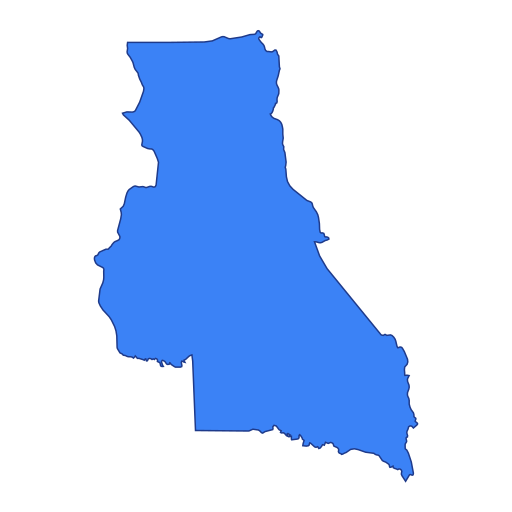 an SVG outline of Est
{"feature_id": "CMR-1481", "entity_name": "Est", "entity_type": "Province", "adm_level": 1, "iso_a3": "CMR", "parent_name": "Cameroon", "parent_adm1": "", "projection": "natural_earth1", "projection_center": [14.383, 3.885], "detail": "fine", "context": "isolated", "style": "filled", "palette": "blue", "viewbox_px": 512, "rotation_deg": 0, "n_neighbors": 0, "source": "natural_earth", "source_scale": "10m", "svg_char_len": 6040}
<svg xmlns="http://www.w3.org/2000/svg" viewBox="0 0 512 512"><path d="M415.2,421.4L417.2,423.0L417.6,423.9L416.9,425.0L413.4,428.0L411.8,426.2L410.0,425.9L408.6,426.8L408.0,429.1L407.0,431.3L406.8,432.5L407.0,433.8L407.6,435.6L407.4,437.0L406.5,437.3L406.2,437.7L406.1,438.8L406.6,440.8L406.6,441.7L405.3,443.8L405.1,444.8L405.2,448.5L405.5,449.1L406.0,449.4L406.8,450.1L408.4,453.2L411.3,462.0L413.4,473.2L413.1,474.8L412.2,475.2L410.3,474.5L409.5,474.8L405.6,481.3L402.2,476.1L401.4,474.4L401.4,473.4L401.8,471.4L401.4,470.2L400.7,469.5L399.8,469.0L398.7,469.0L397.8,469.6L396.3,468.9L394.6,468.4L393.3,467.7L393.0,466.1L390.9,467.2L389.9,467.3L389.5,466.4L389.2,464.9L388.7,464.2L385.7,462.1L383.4,461.2L382.3,460.5L379.0,455.6L378.3,455.2L376.3,454.8L375.2,454.3L374.3,453.7L373.9,453.3L365.6,452.2L358.2,449.6L354.4,448.8L350.6,449.4L346.1,452.5L344.3,453.2L342.7,454.1L341.7,454.3L341.7,454.1L339.2,453.0L338.6,452.1L338.4,451.7L338.7,449.8L338.5,449.0L338.0,448.3L337.3,447.6L333.9,446.1L333.1,443.8L332.6,443.2L330.8,442.4L328.2,443.4L325.5,442.3L324.3,445.2L323.0,444.7L322.5,444.7L321.6,446.3L320.2,448.0L318.8,448.5L317.7,446.7L316.0,447.3L314.7,446.9L310.5,443.1L309.7,442.9L309.0,445.3L308.2,445.8L306.3,446.1L302.8,445.7L303.2,443.3L304.1,440.4L302.4,439.1L302.2,438.1L301.0,436.1L299.7,434.7L299.1,435.3L299.0,437.8L298.4,438.7L297.1,439.1L291.7,439.8L291.4,439.3L291.4,436.3L289.3,436.7L288.4,436.3L289.0,436.1L290.2,435.0L287.9,433.5L287.2,433.9L287.8,436.3L286.5,435.7L284.8,433.7L283.6,432.8L281.3,432.9L280.5,432.4L281.2,430.8L279.1,429.7L276.3,426.0L274.0,425.3L272.8,426.8L273.0,428.7L272.7,429.6L265.0,431.6L262.7,433.1L261.5,432.7L259.8,430.9L258.4,430.0L252.9,429.2L249.1,430.9L248.2,431.0L195.5,430.5L192.7,361.1L191.9,354.9L189.8,355.7L188.8,356.4L185.5,359.5L184.1,360.0L184.0,360.7L184.9,362.3L183.7,362.0L182.6,361.3L181.7,361.2L181.3,362.6L181.9,365.4L181.7,366.6L180.4,367.1L175.4,367.1L174.4,366.6L171.1,364.4L170.3,363.1L169.7,362.8L169.4,364.0L169.1,364.3L167.3,364.4L166.5,363.9L164.9,361.5L163.2,360.5L162.3,360.3L161.5,361.5L161.6,362.3L162.7,365.4L163.3,366.4L162.2,366.5L161.2,366.3L160.6,365.7L160.1,363.2L159.5,362.5L157.4,361.5L157.6,360.1L156.7,358.8L155.4,358.4L154.4,359.5L153.2,358.9L152.0,359.5L150.9,358.7L149.5,358.4L148.3,358.8L147.5,360.6L146.9,361.0L146.3,360.7L145.8,358.9L145.3,358.9L144.7,359.5L144.3,360.2L143.0,359.6L139.1,358.4L137.4,358.4L135.9,356.6L135.3,356.0L135.2,356.3L133.5,358.1L132.3,357.2L131.0,356.8L128.1,356.7L126.9,356.3L125.3,355.5L123.3,355.2L122.1,353.9L120.0,352.9L117.4,348.6L117.1,347.3L116.8,335.9L116.0,330.9L114.6,326.5L111.4,320.0L109.2,316.7L103.0,310.0L100.3,305.9L98.9,302.8L98.6,301.1L100.1,289.0L102.8,282.9L103.6,279.8L103.8,277.3L103.7,271.3L103.9,269.5L103.5,268.2L102.7,267.5L97.5,264.9L95.7,262.9L94.6,260.1L94.4,258.8L94.5,257.6L94.9,256.6L95.4,256.0L95.7,255.8L96.2,255.8L97.7,255.0L99.0,252.6L100.0,251.8L105.9,249.2L107.8,249.2L108.5,249.0L109.3,247.9L111.2,246.1L112.1,244.5L113.8,242.5L115.0,241.6L117.2,240.7L118.9,239.8L119.6,238.8L119.9,237.7L119.9,236.6L119.5,235.7L117.6,232.1L117.6,230.5L120.7,218.9L121.4,214.7L121.2,212.4L120.3,209.0L123.2,206.3L124.3,203.8L125.7,197.1L127.0,192.9L128.1,190.8L129.2,189.5L133.3,186.6L134.3,186.2L135.2,186.0L139.0,187.0L142.5,186.6L143.5,186.7L145.6,187.5L146.6,187.5L149.7,186.4L150.7,186.3L151.7,186.4L153.6,187.1L154.5,187.0L155.3,186.6L156.1,185.0L158.5,162.3L157.3,158.5L154.1,151.2L152.8,149.6L151.7,149.0L149.7,148.9L147.6,148.5L143.1,146.5L142.0,145.7L141.8,144.8L142.5,141.1L142.4,139.4L141.9,137.4L140.3,134.0L139.1,132.1L129.3,120.3L123.4,114.9L122.5,113.2L126.9,111.9L132.4,112.1L133.9,111.7L134.9,111.1L135.5,110.3L139.7,102.1L143.5,91.3L143.9,88.7L143.7,87.1L142.3,84.8L141.4,82.4L139.7,79.0L138.4,75.2L138.2,73.7L137.9,72.9L135.2,69.4L134.7,68.3L134.2,67.2L133.0,62.6L132.3,61.1L130.2,57.3L127.9,54.3L127.3,53.2L127.1,51.8L127.6,48.5L127.2,45.3L127.6,42.4L170.0,42.4L204.2,42.0L212.3,40.9L221.4,36.9L222.7,36.6L224.1,36.7L228.4,38.5L230.0,38.8L241.7,37.0L250.0,34.6L254.5,34.3L255.6,33.8L256.9,31.6L257.5,30.9L258.3,30.7L259.2,31.0L260.7,33.2L262.7,34.4L262.8,34.9L261.8,37.2L261.4,37.6L261.0,37.6L260.1,36.8L259.7,36.9L259.0,37.7L258.7,38.4L258.9,39.2L259.7,40.4L261.4,42.6L262.7,43.8L263.9,45.4L264.5,47.0L264.9,48.8L265.6,50.4L267.0,51.5L268.5,51.5L271.2,51.9L272.5,51.7L274.9,50.0L276.0,50.1L277.1,52.1L277.5,54.1L278.8,56.0L279.4,66.8L280.0,68.8L279.4,70.3L278.2,75.8L276.7,80.4L276.4,81.9L276.5,83.7L277.0,85.1L278.2,87.5L278.8,89.1L278.9,90.3L278.8,93.4L278.5,94.4L277.3,97.3L277.0,98.9L277.1,101.8L276.7,103.0L275.5,103.4L275.5,104.2L274.7,105.9L273.9,107.5L273.4,107.9L273.3,109.2L272.8,111.0L272.0,112.7L271.0,113.8L270.3,114.0L270.7,115.1L272.0,116.9L273.8,118.3L277.6,119.7L279.4,120.8L280.8,122.4L281.8,124.4L282.4,126.8L282.8,129.1L282.8,134.2L283.2,138.1L282.6,141.8L282.5,143.7L282.8,144.8L283.8,146.7L283.6,149.4L284.9,152.6L286.1,162.1L285.7,165.6L285.2,167.4L285.8,169.1L286.4,176.8L287.5,181.6L289.8,185.8L293.0,189.3L306.8,200.4L310.6,201.9L311.7,202.7L312.2,203.7L312.8,206.2L313.4,207.6L316.4,211.9L317.8,214.8L318.5,217.5L319.4,223.6L319.6,229.4L320.1,232.1L321.1,233.0L322.5,232.9L323.8,233.4L324.3,234.8L324.6,236.3L325.1,236.9L326.4,236.9L327.7,237.2L328.7,238.0L328.9,239.1L327.2,240.0L325.3,240.5L321.9,242.4L320.2,242.8L318.8,242.6L316.0,241.8L314.5,241.8L319.6,255.9L327.1,268.7L380.8,334.5L381.4,335.0L383.2,335.4L385.0,334.4L385.5,334.6L386.8,335.4L390.5,334.9L392.0,335.5L393.7,337.1L395.1,339.2L395.8,341.2L397.0,346.3L397.5,347.3L397.9,347.8L400.0,347.0L400.9,347.1L401.8,347.5L402.5,348.4L404.3,351.5L407.5,359.2L407.8,361.9L407.1,364.3L404.7,367.0L404.4,369.7L404.7,373.1L404.7,374.5L404.9,375.4L407.0,375.2L409.1,375.6L407.7,378.4L407.4,379.5L407.6,381.6L409.0,385.1L409.2,387.2L408.8,389.1L407.5,392.6L407.4,394.8L407.7,396.1L408.8,398.5L409.2,400.4L409.2,404.1L410.0,407.1L411.1,409.6L413.4,412.8L413.9,414.6L414.0,416.6L414.3,417.1L415.8,418.3L415.8,419.2L415.3,420.5L415.2,421.4Z" fill="#3b82f6" stroke="#1e3a8a" stroke-width="1.5"/></svg>